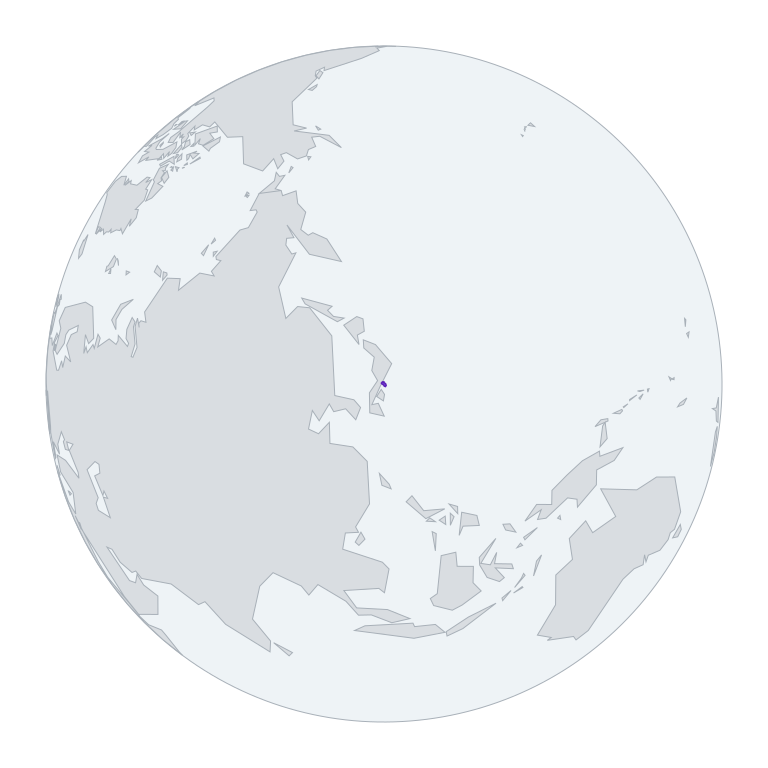 Nara on an orthographic globe, rotated 305°
{"feature_id": "JPN-1851", "entity_name": "Nara", "entity_type": "Prefecture", "adm_level": 1, "iso_a3": "JPN", "parent_name": "Japan", "parent_adm1": "", "projection": "orthographic", "projection_center": [135.875, 34.299], "detail": "fine", "context": "on_globe", "style": "filled", "palette": "violet", "viewbox_px": 768, "rotation_deg": 305, "n_neighbors": 0, "source": "natural_earth", "source_scale": "10m", "svg_char_len": 12154}
<svg xmlns="http://www.w3.org/2000/svg" viewBox="0 0 768 768"><g transform="rotate(305 384 384)"><circle cx="384" cy="384" r="338" fill="#eef3f6" stroke="#a8b0b8"/><path d="M610.1,592.6L609.9,594.2L609.5,594.6L610.1,592.6ZM657.5,185.5L655.0,183.3L660.5,189.7L667.5,200.2L666.7,199.1L663.0,193.4L655.1,185.6L654.4,188.9L638.0,178.9L606.3,155.1L609.4,153.6L601.4,148.9L597.0,150.9L596.0,153.6L562.5,146.9L544.2,160.9L549.2,173.8L539.7,165.2L556.2,196.4L553.2,213.5L550.1,189.3L544.7,183.2L539.4,191.8L532.7,187.6L526.3,189.6L518.8,184.1L517.5,171.3L512.6,167.8L509.2,174.2L499.4,173.5L505.3,164.4L488.9,162.4L483.8,142.7L505.6,126.4L496.3,114.2L501.6,95.1L494.6,93.7L492.2,86.7L483.3,82.8L486.8,81.2L476.6,79.6L475.1,81.9L470.1,82.2L464.7,80.4L468.3,77.7L471.5,78.2L469.7,76.5L473.8,76.2L468.8,75.3L473.7,72.9L460.9,72.7L458.1,68.7L463.6,67.9L473.3,71.3L510.1,80.7L518.6,82.4L520.8,80.6L503.3,69.3L508.4,70.5L507.8,69.6L500.3,66.9L498.1,66.8L483.9,62.5L482.9,63.8L477.0,62.6L471.7,63.4L461.5,60.0L454.3,56.5L458.1,55.9L455.1,54.7L442.5,53.1L440.9,51.1L432.8,49.6L456.9,54.0L480.6,60.2L503.8,68.0L526.4,77.6L548.3,88.7L569.2,101.4L589.2,115.5L608.1,131.1L625.9,148.0L642.4,166.2L657.5,185.5ZM681.3,359.7L678.5,353.5L682.0,354.2L681.3,359.7ZM675.5,351.9L676.7,353.5L675.4,352.6L675.5,351.9ZM673.7,352.7L675.0,352.1L673.8,353.5L673.7,352.7ZM671.6,354.7L672.6,353.3L672.6,353.8L671.6,354.7ZM667.4,355.6L666.2,355.6L667.0,353.6L667.4,355.6ZM596.6,155.7L597.6,151.5L604.0,151.7L604.0,155.4L596.6,155.7ZM583.3,156.8L581.9,153.2L590.9,157.5L588.9,158.2L583.3,156.8ZM554.2,184.6L556.2,179.9L556.5,186.0L554.2,184.6ZM526.7,190.9L528.2,193.8L524.3,193.7L526.7,190.9ZM477.7,65.4L474.8,64.4L477.3,64.7L477.7,65.4ZM478.2,66.9L483.2,68.0L484.2,68.9L481.1,68.2L478.2,66.9ZM509.1,185.4L502.3,184.9L509.0,183.2L509.1,185.4ZM471.9,65.5L485.3,70.4L486.9,72.1L476.5,71.1L471.9,65.5ZM498.1,183.1L481.5,182.9L483.5,188.8L468.5,172.5L487.6,177.7L495.6,174.3L494.1,179.3L498.1,183.1ZM477.0,83.5L478.3,80.9L482.2,84.9L477.0,83.5ZM480.7,86.1L499.6,99.4L494.9,102.9L489.5,97.4L487.4,103.9L475.8,98.9L474.3,94.2L479.7,92.8L471.1,92.1L480.7,86.1ZM462.8,164.0L458.6,162.3L462.8,161.7L462.8,164.0ZM468.5,82.6L472.7,84.7L468.9,87.8L459.7,84.1L463.9,84.3L468.5,82.6ZM492.5,108.3L488.1,110.3L477.5,106.6L474.3,107.0L475.1,99.1L492.5,108.3ZM462.0,82.7L455.2,82.3L452.0,79.3L464.1,80.8L462.0,82.7ZM471.8,90.2L469.6,91.6L467.8,89.6L471.8,90.2ZM437.1,69.7L442.2,71.6L440.7,73.2L437.1,69.7ZM452.8,82.4L453.9,83.4L453.9,84.4L448.8,83.7L452.8,82.4ZM467.5,97.3L464.0,95.6L466.7,100.3L458.8,98.3L460.8,93.5L456.6,94.7L454.2,94.2L458.5,91.0L467.5,97.3ZM443.7,86.1L443.4,80.2L434.2,75.9L435.3,74.2L450.0,81.4L443.7,86.1ZM452.0,89.2L447.1,86.8L451.0,85.6L456.7,86.5L452.0,89.2ZM452.8,98.8L464.3,103.1L463.5,104.1L452.8,98.8ZM440.2,85.1L440.4,86.6L439.1,84.9L440.2,85.1ZM448.1,94.7L452.3,96.0L451.2,97.0L448.1,94.7ZM437.1,88.8L437.0,86.7L440.9,87.1L437.1,88.8ZM441.5,91.6L439.1,92.8L442.4,88.5L443.6,92.0L441.5,91.6ZM446.4,95.4L447.1,96.5L444.8,94.8L446.4,95.4ZM422.3,88.8L425.6,83.3L434.2,84.0L429.9,89.2L422.3,88.8ZM124.6,167.5L125.3,166.7L106.6,193.1L100.7,206.1L116.8,191.6L126.5,169.5L138.4,157.0L138.8,166.9L131.8,188.2L136.2,184.1L149.1,164.3L156.3,163.8L154.6,157.3L148.8,163.9L147.7,160.5L152.9,154.4L155.2,154.2L159.8,147.1L147.6,151.3L140.4,158.5L147.1,146.2L135.7,157.4L134.4,157.5L153.1,138.8L158.0,135.2L185.6,112.2L181.1,114.7L154.7,137.0L159.1,132.6L152.8,137.7L161.0,130.5L191.0,106.9L198.1,101.8L218.3,89.5L239.3,78.6L242.0,77.4L233.1,81.7L237.4,79.7L229.6,84.1L231.2,85.5L225.2,90.2L238.1,86.9L236.7,89.2L229.5,90.2L221.2,94.0L207.6,108.0L208.6,109.5L218.1,106.6L213.2,111.4L224.1,106.9L222.4,114.7L233.7,101.8L245.1,99.5L250.8,102.7L256.6,100.0L247.4,94.9L241.9,95.1L233.9,98.8L220.8,99.2L222.8,95.5L244.3,87.3L249.5,81.7L263.9,79.0L279.8,92.5L280.2,101.1L254.9,120.0L247.7,118.9L253.2,111.1L236.8,120.5L243.6,118.6L239.5,123.0L249.4,123.0L247.0,126.2L260.7,121.2L258.8,125.2L250.2,128.3L263.3,133.0L262.7,141.8L266.8,141.4L271.4,138.5L267.6,152.3L270.8,151.5L273.3,146.6L281.3,142.0L294.0,139.6L292.0,144.5L287.1,146.0L274.0,157.1L261.4,161.2L261.9,163.0L272.3,160.7L288.4,147.1L296.6,144.3L289.9,151.0L293.0,148.3L296.4,148.6L298.0,153.6L305.7,146.6L346.4,145.8L353.4,156.6L342.9,161.9L369.2,169.5L375.1,182.9L377.3,178.0L391.5,179.6L389.8,175.3L392.0,173.2L427.5,177.7L434.3,183.2L452.1,181.5L453.3,179.3L449.3,174.9L468.5,172.5L483.5,188.8L480.1,192.9L491.8,201.2L482.4,209.8L479.9,221.3L462.8,227.2L462.4,236.6L467.1,238.9L470.0,254.0L459.9,278.9L447.5,248.5L458.6,213.3L452.2,226.3L447.5,220.7L441.5,223.9L437.6,233.9L440.9,236.6L403.1,242.0L381.4,266.0L397.9,268.8L403.8,279.4L393.5,313.6L346.3,350.3L353.8,368.4L351.3,378.3L338.5,381.4L341.7,366.8L332.5,358.7L336.3,350.6L316.7,352.0L321.2,340.5L303.8,348.0L305.7,358.9L321.3,361.2L304.3,373.8L314.6,394.6L311.0,414.6L277.5,440.9L250.6,442.7L247.9,448.2L239.8,437.8L225.0,444.9L237.1,484.9L235.4,494.2L213.3,504.1L213.6,497.0L191.8,469.6L184.9,490.0L201.2,516.2L206.7,539.8L192.9,527.3L187.6,506.1L180.0,495.7L184.2,477.5L181.8,444.9L168.0,443.5L171.1,432.1L165.8,401.3L147.1,398.2L116.0,411.1L108.4,438.5L99.2,444.3L96.3,392.1L103.0,362.2L96.9,358.6L98.1,324.4L85.7,297.0L88.4,287.9L85.1,285.7L86.7,270.1L92.6,256.0L91.5,250.6L77.0,288.3L78.7,294.5L86.4,290.9L81.5,302.4L80.6,320.4L65.6,331.0L54.6,315.2L61.0,293.2L91.5,219.9L94.8,215.7L95.3,215.0L96.1,213.7L91.2,219.5L99.0,206.6L74.6,251.8L67.2,268.6L54.3,315.8L53.6,316.9L51.8,329.3L54.9,342.8L53.2,349.3L47.2,369.6L46.2,374.5L47.8,349.5L51.3,324.7L56.6,300.2L63.7,276.2L72.6,252.7L83.2,230.0L95.4,208.2L109.2,187.3L124.6,167.5ZM116.7,222.5L117.5,236.5L130.4,219.0L131.8,223.2L135.7,216.0L131.4,217.7L142.8,199.7L148.0,202.4L154.7,196.6L154.7,191.7L143.5,189.9L126.9,215.1L121.1,216.7L116.7,222.5ZM268.9,67.5L262.1,70.1L259.0,70.7L266.8,67.1L271.4,65.9L268.9,67.5ZM253.2,73.9L272.4,68.2L268.3,71.0L267.3,70.2L262.7,72.6L259.9,72.2L237.3,81.5L233.1,82.8L249.7,74.0L246.6,75.8L253.5,72.7L253.2,73.9ZM328.5,56.1L336.7,55.8L317.3,62.0L311.8,61.7L319.2,57.5L330.0,55.3L328.5,56.1ZM450.9,63.6L455.4,64.6L454.4,65.1L449.8,64.8L450.9,63.6ZM439.6,70.4L430.6,60.7L435.2,61.1L424.4,56.0L432.4,55.3L439.1,58.4L437.1,54.5L446.4,57.1L443.7,54.6L457.8,61.6L466.0,64.4L453.8,61.4L446.3,61.9L445.5,63.0L449.5,68.4L463.5,75.5L458.3,77.9L450.9,77.7L446.7,76.3L451.4,75.0L442.5,74.1L446.1,71.3L439.6,70.4ZM367.1,84.9L374.3,82.2L357.0,83.6L360.5,79.3L358.2,79.7L356.7,76.4L351.1,73.4L354.2,71.7L350.6,71.3L349.5,69.4L345.7,68.5L349.9,65.4L345.6,64.1L350.0,63.5L341.4,62.3L349.7,61.9L349.1,60.0L341.4,61.4L373.4,51.2L380.5,48.6L381.8,47.1L395.9,47.7L403.6,50.0L406.4,53.9L397.6,56.9L405.6,57.1L403.7,58.8L398.2,57.9L405.6,60.3L402.6,61.6L405.1,67.6L417.6,71.3L418.8,73.9L412.4,73.2L418.1,76.5L406.9,77.0L407.5,79.1L397.0,82.2L384.3,80.2L386.0,82.7L378.1,85.7L367.1,84.9ZM419.1,89.5L403.1,87.1L397.2,83.9L417.9,80.0L418.9,78.0L431.9,76.3L440.2,81.3L435.8,81.2L433.3,82.4L431.7,80.3L431.2,82.9L425.0,83.1L422.9,85.2L418.3,83.7L419.1,89.5ZM159.0,131.9L158.6,132.2L154.9,135.7L151.5,138.8L159.0,131.9ZM185.3,110.8L180.6,114.2L185.1,110.8L185.3,110.8ZM228.3,91.8L226.9,93.7L224.3,94.8L222.1,94.8L228.3,91.8ZM316.4,91.3L321.5,89.5L322.6,90.3L334.5,89.6L332.9,93.1L325.0,95.0L316.4,91.3ZM114.8,190.9L112.8,190.6L115.3,186.8L115.5,187.6L114.8,190.9ZM129.9,162.7L123.4,171.3L128.9,163.6L129.9,162.7ZM316.6,95.1L321.7,94.3L317.7,96.6L316.6,95.1ZM332.3,95.8L328.7,98.6L334.1,93.5L332.3,95.8ZM287.1,610.0L297.3,613.4L297.0,614.5L287.1,610.0ZM276.3,603.4L287.7,606.5L274.6,605.5L276.3,603.4ZM292.2,607.7L303.9,607.9L308.9,607.0L308.2,609.3L292.2,607.7ZM268.7,601.5L228.9,588.9L213.7,580.2L216.8,577.0L241.5,586.8L268.7,601.5ZM215.6,576.4L192.9,554.4L165.2,501.3L175.0,507.1L204.7,544.9L202.8,548.2L216.5,564.0L215.6,576.4ZM272.3,570.9L270.2,582.3L247.8,574.8L237.9,569.7L231.0,551.8L234.8,545.0L242.8,547.9L276.2,529.3L287.4,539.3L276.6,548.5L285.9,561.8L272.3,570.9ZM108.8,442.0L111.5,463.1L106.9,462.2L108.8,442.0ZM291.4,512.6L276.8,521.8L290.7,508.1L291.4,512.6ZM300.6,498.3L300.7,505.1L295.9,497.4L300.6,498.3ZM246.0,457.4L237.4,456.0L238.0,451.1L249.4,450.1L246.0,457.4ZM308.1,431.5L304.9,445.7L302.2,450.0L299.8,440.4L308.1,431.5ZM309.6,130.1L294.8,126.5L283.1,127.5L274.7,133.2L280.2,124.2L298.3,122.6L309.6,130.1ZM342.0,143.1L349.3,138.9L350.4,142.4L348.9,143.8L342.0,143.1ZM343.3,139.4L344.1,131.5L351.0,130.3L349.0,136.7L343.3,139.4ZM329.7,111.5L325.4,110.1L328.8,108.0L329.7,111.5ZM534.8,683.0L540.5,681.3L531.3,686.8L518.0,693.4L503.7,698.7L534.8,683.0ZM427.3,712.2L423.5,708.7L438.9,707.3L435.4,710.9L427.3,712.2ZM544.3,677.5L552.3,671.4L552.2,667.1L555.0,669.9L565.1,665.5L544.1,679.6L544.3,677.5ZM361.1,691.7L299.2,692.7L284.5,688.1L285.9,684.1L267.7,664.8L272.3,666.4L266.3,653.7L301.5,651.2L326.1,634.3L348.4,639.0L363.7,624.4L387.6,627.7L381.9,640.2L408.4,649.8L422.4,621.6L442.3,651.8L464.1,660.6L474.6,675.5L449.5,700.3L431.6,705.3L426.4,703.8L419.4,706.0L406.1,705.4L395.3,698.7L388.6,700.6L393.6,695.4L384.6,699.9L376.0,694.8L361.1,691.7ZM533.7,637.6L538.2,637.4L546.3,640.1L539.1,641.0L533.7,637.6ZM598.9,602.9L601.7,604.0L596.8,606.5L598.9,602.9ZM609.5,594.6L603.7,598.0L610.1,592.6L609.5,594.6ZM553.0,616.9L555.6,618.0L553.9,619.1L553.0,616.9ZM551.2,616.7L553.3,613.3L553.4,616.2L551.2,616.7ZM528.6,604.8L530.9,602.7L532.2,603.8L528.6,604.8ZM312.5,616.6L326.4,610.5L334.4,611.1L312.5,616.6ZM524.6,601.9L518.3,602.6L518.7,600.8L524.6,601.9ZM524.6,597.9L523.7,595.6L528.2,600.6L524.6,597.9ZM512.2,594.1L520.1,597.4L511.3,594.7L512.2,594.1ZM507.7,595.2L502.2,593.9L502.5,593.1L507.7,595.2ZM448.6,602.3L468.9,616.2L453.4,616.4L435.6,607.5L423.2,615.8L394.1,613.1L400.3,608.2L396.0,599.7L367.0,593.7L361.1,587.5L371.2,584.9L352.5,578.1L372.9,578.1L381.5,590.5L393.2,582.6L414.2,586.1L435.0,590.6L452.6,599.0L448.6,602.3ZM373.7,603.1L377.3,603.5L374.3,606.5L373.7,603.1ZM491.6,588.7L499.6,593.4L498.8,594.8L494.9,594.3L491.6,588.7ZM456.4,597.0L475.0,587.2L479.5,587.1L467.3,598.1L456.4,597.0ZM470.1,581.3L479.1,582.2L484.0,587.2L482.2,588.7L470.1,581.3ZM331.9,587.1L331.3,590.1L326.1,586.8L331.9,587.1ZM338.5,586.3L354.4,592.0L337.2,588.8L338.5,586.3ZM292.6,566.2L296.9,574.8L310.7,572.9L300.2,577.6L309.9,591.9L306.9,595.9L297.2,580.6L294.4,593.6L288.4,591.9L284.7,579.4L290.6,566.2L296.6,561.5L321.7,564.2L292.6,566.2ZM338.3,577.0L334.2,567.4L337.3,561.9L341.7,567.4L338.3,577.0ZM322.8,543.2L312.9,530.3L303.1,532.4L323.5,521.2L329.6,535.5L322.8,543.2ZM315.5,517.5L306.3,519.4L316.2,512.4L315.5,517.5ZM304.3,515.2L304.1,507.3L310.9,509.9L304.3,515.2ZM320.1,518.8L323.0,506.1L325.9,514.5L320.1,518.8ZM303.0,489.2L316.6,505.4L297.7,495.5L300.2,469.7L308.5,471.0L303.0,489.2ZM369.8,393.2L369.6,385.2L378.0,384.8L375.8,390.4L369.8,393.2ZM405.1,378.6L380.1,382.2L360.1,385.9L364.9,390.4L357.8,402.6L352.2,388.9L368.4,377.1L383.1,376.8L388.0,366.3L400.4,360.6L401.9,346.8L408.3,341.7L411.4,354.4L405.1,378.6ZM402.0,340.9L409.1,317.3L423.6,323.0L425.3,329.4L415.9,337.6L408.8,334.1L402.0,340.9ZM415.1,313.5L408.3,310.1L404.4,273.4L407.2,267.3L417.9,296.9L412.0,295.5L410.4,303.9L415.1,313.5ZM458.4,165.1L458.6,162.6L461.2,165.2L458.4,165.1ZM390.7,170.9L394.1,168.5L397.1,171.2L390.7,170.9ZM405.1,163.6L399.4,162.1L406.3,161.6L405.1,163.6ZM386.3,159.4L397.5,160.5L385.6,162.5L386.3,159.4Z" fill="#d9dde1" stroke="#a8b0b8" stroke-width="1"/><path d="M384.8,381.5L384.9,381.8L385.0,381.9L384.9,381.9L384.8,382.0L384.9,382.3L385.0,382.5L385.3,382.6L385.4,382.8L385.5,382.8L385.6,383.0L385.4,383.2L385.2,383.3L384.9,383.5L385.0,383.6L385.1,384.0L385.2,384.3L385.1,384.6L385.1,384.9L385.1,385.0L385.0,385.5L384.8,385.7L384.7,385.7L384.6,385.8L384.5,386.0L384.4,386.2L384.2,386.3L384.1,386.5L383.9,386.7L383.7,386.5L383.4,386.5L383.1,386.5L382.9,386.5L382.7,386.6L382.6,386.4L382.7,386.1L382.7,385.9L382.6,385.7L382.4,385.5L382.4,385.4L382.5,385.1L382.7,384.8L382.8,384.7L383.0,384.6L383.2,384.4L383.0,384.2L382.9,383.9L382.9,383.6L383.0,383.5L383.0,383.4L383.0,383.2L383.0,382.9L382.9,382.7L382.9,382.2L383.0,381.8L383.0,381.7L383.2,381.3L383.3,381.3L383.4,381.5L383.5,381.5L383.8,381.6L384.0,381.6L384.3,381.5L384.5,381.6L384.8,381.5Z" fill="#8b5cf6" stroke="#5b21b6" stroke-width="1.5"/></g></svg>